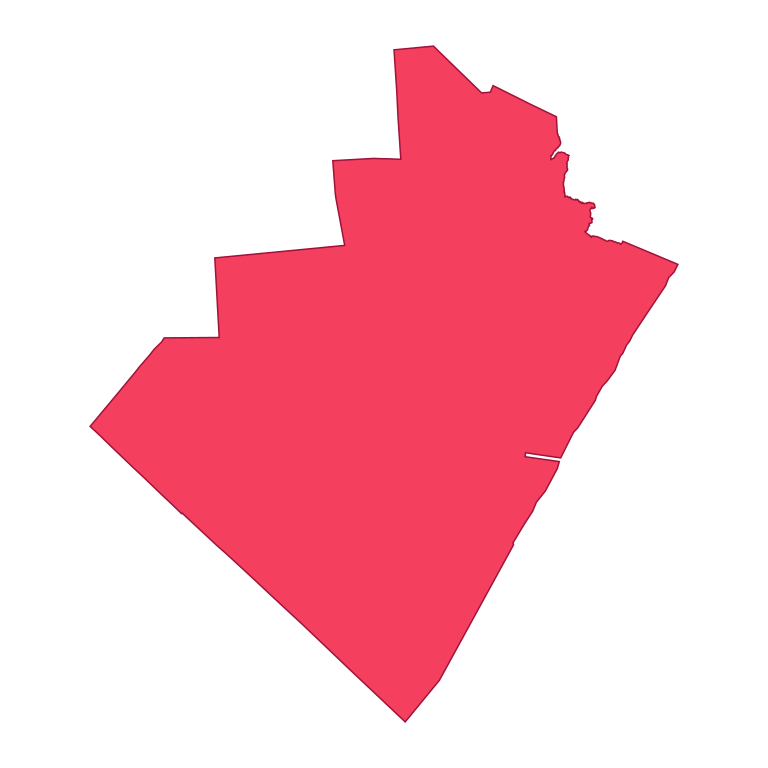 the district of General Juan Madariaga, Buenos Aires, Argentina
{"feature_id": "61730980B92703930088749", "entity_name": "General Juan Madariaga", "entity_type": "district", "adm_level": 2, "iso_a3": "ARG", "parent_name": "Argentina", "parent_adm1": "Buenos Aires", "projection": "equal_earth", "projection_center": [-56.992, -37.156], "detail": "fine", "context": "isolated", "style": "filled", "palette": "rose", "viewbox_px": 768, "rotation_deg": 0, "n_neighbors": 0, "source": "geoboundaries", "source_scale": "gbopen_adm2", "svg_char_len": 5857}
<svg xmlns="http://www.w3.org/2000/svg" viewBox="0 0 768 768"><path d="M677.9,264.4L622.9,241.3L622.6,241.3L622.5,241.5L622.7,241.9L622.4,242.7L622.0,243.0L621.9,243.3L620.9,243.6L620.8,243.8L620.7,244.3L620.4,244.2L619.6,243.3L619.0,243.0L618.7,242.9L618.2,242.9L618.0,242.7L617.4,242.9L616.7,242.7L616.4,242.6L615.9,242.0L615.0,241.8L614.4,241.9L612.5,240.8L612.0,240.7L611.5,240.8L610.7,240.4L609.0,240.4L608.4,240.6L607.9,241.2L607.0,241.3L606.5,241.1L605.1,240.2L604.0,239.8L603.7,239.8L603.3,239.7L603.0,239.4L602.7,239.0L602.4,238.8L601.8,238.8L601.4,238.4L600.8,238.3L600.0,237.8L599.4,237.6L598.6,237.2L598.3,237.2L597.3,236.8L596.4,236.5L595.6,236.5L594.7,236.3L594.1,236.4L593.4,235.9L593.2,236.0L591.9,236.2L591.8,236.3L591.7,236.9L591.6,237.3L591.3,237.3L591.2,236.7L590.9,236.4L590.7,236.3L590.4,236.0L590.0,236.1L589.8,235.8L589.6,235.6L589.6,235.3L589.4,235.2L588.6,234.9L587.7,234.0L587.0,233.6L586.8,233.4L586.5,233.3L585.7,232.6L585.7,232.4L585.7,232.0L585.9,231.8L585.7,231.5L585.3,231.8L584.9,231.7L585.3,231.3L586.1,231.0L586.3,230.7L587.0,230.5L587.3,230.1L587.8,229.0L588.0,227.7L588.6,226.4L589.4,225.7L589.5,225.4L589.5,225.1L589.4,224.8L589.2,224.5L588.9,224.3L588.9,223.9L589.0,223.7L589.3,223.3L590.8,223.2L591.3,222.9L591.9,222.6L592.0,222.3L592.0,221.8L591.7,220.2L591.8,219.8L591.7,219.4L591.8,219.2L592.1,219.1L592.3,219.4L592.5,219.4L592.7,218.8L592.6,218.5L592.5,218.3L592.3,218.2L591.9,218.2L591.6,218.4L591.4,218.5L591.2,218.4L591.1,218.1L591.3,217.8L591.1,217.6L590.7,217.4L590.4,217.1L590.3,216.9L590.2,216.5L590.3,216.1L590.5,215.7L590.6,215.0L590.7,212.9L590.5,212.3L590.4,211.9L590.0,211.2L590.0,210.4L590.3,209.5L590.6,209.3L590.6,209.0L591.0,208.8L591.3,208.5L591.4,208.3L591.6,207.7L591.8,207.8L592.2,208.1L592.3,208.1L592.5,208.0L593.2,208.0L593.2,208.3L593.6,208.0L594.4,208.1L594.8,207.7L595.0,207.5L594.8,207.1L594.9,206.6L594.4,204.4L593.5,203.4L593.0,203.2L591.4,203.0L591.0,202.8L590.7,202.9L589.7,202.3L588.7,202.5L587.6,202.8L587.1,202.8L586.8,202.9L587.0,203.4L586.3,203.6L584.9,203.3L584.5,203.4L583.9,203.3L583.5,203.5L583.0,203.5L582.7,203.4L582.8,203.0L582.9,202.8L582.6,202.6L582.5,203.1L582.4,203.3L581.5,203.3L580.9,202.8L580.9,202.7L581.0,202.2L580.9,201.9L580.5,201.8L580.2,201.8L580.1,202.0L579.9,202.2L579.3,201.9L579.1,201.9L578.9,201.8L578.8,201.4L578.9,200.8L578.8,200.6L578.6,200.5L578.0,200.4L577.9,200.3L577.8,200.1L577.9,199.8L577.8,199.6L577.2,199.5L576.7,199.8L576.0,199.3L575.8,199.3L575.7,199.3L575.7,199.8L575.1,199.9L574.5,199.9L573.9,199.8L573.0,199.3L572.5,199.3L572.2,199.1L571.8,199.0L571.0,198.6L570.9,198.5L570.6,198.4L570.3,198.0L570.6,197.5L570.3,197.2L569.8,197.2L569.7,197.6L569.2,197.7L568.2,197.3L568.2,196.9L567.6,196.6L567.2,196.2L566.7,196.3L565.5,196.5L565.2,196.9L564.9,196.9L564.8,196.6L564.8,196.4L565.0,195.5L565.0,195.3L564.9,195.1L565.0,194.6L564.9,194.1L564.5,193.3L564.6,193.1L564.6,192.4L564.2,192.3L564.2,192.0L564.4,191.7L564.3,191.3L564.0,191.1L564.2,190.8L564.2,189.5L564.2,189.3L564.0,189.0L564.1,188.5L564.0,187.6L563.9,186.8L563.5,186.2L563.6,185.5L563.4,185.2L563.5,184.8L563.4,184.6L563.5,183.7L563.5,183.3L563.3,183.1L563.3,182.4L563.4,182.2L563.7,181.9L563.6,181.5L563.7,181.3L563.8,181.2L563.8,180.8L564.0,180.5L564.1,179.3L564.0,178.9L564.0,178.6L564.6,177.8L564.7,177.2L564.5,176.7L564.4,176.0L564.4,174.9L564.5,174.6L564.7,174.2L564.9,174.1L565.0,173.9L565.2,173.1L565.5,172.7L565.8,172.1L565.9,171.9L566.1,171.9L566.4,171.6L566.8,170.7L567.2,170.6L567.2,170.4L567.4,170.3L567.5,169.7L567.6,169.3L567.5,168.7L567.3,168.6L567.1,168.5L567.1,167.6L566.9,167.4L566.8,167.1L567.0,166.5L567.1,166.4L567.2,166.2L567.0,165.7L567.0,165.0L567.1,164.5L567.1,163.9L567.2,163.7L567.1,163.3L566.8,162.9L566.8,162.5L567.1,161.7L567.4,161.5L567.7,160.9L568.1,160.2L568.3,159.3L568.2,158.8L568.1,158.6L568.2,158.0L568.5,157.3L568.4,156.5L568.5,156.0L569.0,155.6L568.2,155.0L566.2,154.4L565.3,153.7L565.1,153.3L564.3,152.9L562.5,152.5L561.7,152.1L560.9,152.2L560.2,152.6L559.4,152.5L559.0,152.3L558.5,152.2L558.4,152.7L557.8,152.9L557.3,153.2L556.9,153.7L556.3,154.2L555.8,155.2L555.4,155.6L555.0,156.3L554.4,157.8L554.2,157.7L554.1,157.9L553.6,158.2L553.1,158.4L553.0,158.6L552.6,158.7L552.3,158.7L552.2,158.9L551.6,159.0L551.1,159.3L551.1,159.5L550.9,159.6L550.8,155.9L551.4,155.9L551.5,155.4L551.7,155.2L552.7,154.2L553.0,153.6L552.9,153.3L554.4,150.9L555.3,150.6L555.6,150.1L555.5,149.8L555.7,149.5L555.9,149.5L556.0,149.3L556.2,148.9L556.4,148.8L556.8,148.6L557.2,148.0L557.5,147.7L558.0,147.7L558.1,147.2L559.1,146.2L559.3,146.0L559.5,145.9L559.7,145.7L559.9,145.3L559.9,144.7L560.4,144.0L560.6,143.2L560.7,142.1L560.4,141.6L560.2,141.0L560.0,140.7L560.0,139.8L559.7,139.6L559.4,139.2L559.6,138.2L559.5,137.5L559.3,137.1L558.9,136.9L558.7,136.6L558.4,136.5L558.3,136.2L558.0,135.6L557.9,135.4L558.1,134.9L557.5,133.5L557.3,133.4L556.4,116.8L529.9,104.0L493.1,85.6L491.1,90.3L490.4,92.2L481.5,92.9L479.0,90.4L438.7,51.3L433.5,46.1L394.0,49.8L396.7,90.3L398.0,117.0L400.8,159.3L388.2,158.8L381.8,158.7L373.7,158.4L332.8,160.7L335.3,193.8L335.8,197.6L344.7,245.4L214.8,257.9L219.2,337.5L164.2,337.9L161.7,341.9L154.3,349.1L149.5,355.2L139.0,367.3L136.1,371.1L126.1,383.2L117.5,393.6L90.1,426.4L99.7,435.3L111.6,446.9L132.7,467.1L143.5,477.2L161.6,494.6L173.7,506.0L181.5,513.6L182.1,513.1L191.0,521.4L217.3,545.9L225.4,553.0L243.8,569.9L270.7,595.0L281.2,604.8L302.8,624.8L313.3,634.8L350.0,669.8L405.2,721.9L439.4,680.3L513.5,544.9L513.1,542.7L524.5,523.8L532.7,511.2L536.4,502.2L545.3,491.1L557.3,468.6L559.3,461.6L525.1,456.7L525.6,452.7L537.8,454.6L560.7,457.9L573.1,433.1L574.1,431.7L577.7,427.9L595.3,400.4L596.5,396.4L602.3,386.2L607.3,380.8L615.1,370.2L620.0,356.9L620.4,356.0L622.7,353.5L626.6,345.0L629.7,341.1L632.6,335.1L648.1,311.7L665.5,285.8L668.7,277.6L674.2,271.9L677.9,264.4Z" fill="#f43f5e" stroke="#9f1239" stroke-width="1.5"/></svg>